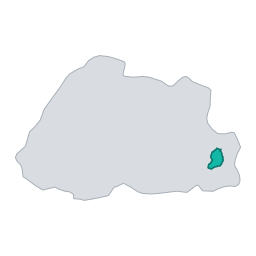 Kangpara, Tashigang, Bhutan shown in context
{"feature_id": "84629894B39590261295219", "entity_name": "Kangpara", "entity_type": "district", "adm_level": 2, "iso_a3": "BTN", "parent_name": "Bhutan", "parent_adm1": "Tashigang", "projection": "equal_earth", "projection_center": [91.702, 27.164], "detail": "fine", "context": "in_parent", "style": "filled", "palette": "teal", "viewbox_px": 256, "rotation_deg": 0, "n_neighbors": 0, "source": "geoboundaries", "source_scale": "gbopen_adm2", "svg_char_len": 4579}
<svg xmlns="http://www.w3.org/2000/svg" viewBox="0 0 256 256"><path d="M210.3,105.1L209.8,107.1L207.9,112.5L206.7,118.4L207.7,123.2L212.0,129.0L217.7,133.6L225.0,133.9L231.7,132.2L234.4,132.9L238.0,140.6L240.6,147.3L237.1,154.1L235.2,160.2L234.5,164.4L235.0,166.3L237.1,169.8L239.6,175.7L240.0,181.1L238.4,184.7L234.9,186.5L231.3,186.0L228.2,186.1L224.4,186.7L218.4,188.7L212.9,191.3L202.5,190.8L198.4,185.4L196.4,185.4L186.9,192.4L176.6,191.2L157.9,193.5L150.0,194.0L142.0,193.3L137.9,191.8L130.4,186.9L123.5,183.3L116.5,186.6L114.1,187.2L108.4,195.6L96.3,198.3L84.2,200.4L80.6,199.2L73.8,198.7L73.5,196.8L73.8,194.9L72.2,193.4L69.5,191.8L64.7,191.2L58.6,189.1L55.1,187.1L42.7,190.0L35.5,185.6L27.3,179.5L23.2,176.9L21.8,167.5L20.3,164.5L17.1,161.3L15.4,157.6L16.8,153.8L25.1,146.6L25.8,145.0L29.6,131.7L34.9,126.8L40.2,120.1L44.1,109.4L51.8,98.5L60.1,87.3L65.9,78.2L69.7,73.9L77.5,69.3L84.0,66.7L88.6,60.6L94.0,57.2L99.6,55.6L107.9,56.5L115.6,58.6L124.2,61.7L125.2,64.1L124.4,68.5L123.2,72.8L123.1,75.1L124.4,76.3L132.8,77.2L143.0,76.5L148.8,77.1L161.6,81.2L165.3,84.0L169.2,86.2L173.1,85.8L177.9,81.1L183.0,77.1L186.2,76.5L188.4,77.8L192.5,81.6L201.0,85.2L208.5,87.9L210.9,90.4L210.1,101.4L210.3,105.1Z" fill="#d9dde1" stroke="#a8b0b8" stroke-width="1"/><path d="M211.1,169.0L211.2,168.9L211.3,168.8L211.4,168.7L211.6,168.7L211.9,168.6L212.0,168.6L212.3,168.5L212.5,168.5L212.7,168.4L212.8,168.3L212.9,168.1L212.9,167.9L213.0,167.9L213.1,167.7L213.3,167.6L213.5,167.5L213.8,167.5L214.0,167.4L214.1,167.2L214.4,167.1L214.5,167.1L214.8,166.9L215.0,166.9L215.2,167.0L215.4,167.0L215.5,167.0L215.6,166.9L215.8,166.8L216.0,166.6L216.4,166.3L216.5,166.3L216.8,166.4L217.0,166.6L217.3,166.6L217.4,166.4L217.5,166.3L217.6,166.0L218.0,166.0L218.2,165.9L218.3,165.9L218.6,165.9L218.9,166.0L219.0,166.1L219.4,166.0L219.5,165.9L219.9,165.7L220.0,165.7L220.3,165.7L220.5,165.4L220.7,165.2L220.8,165.0L220.9,164.7L220.9,164.4L221.0,164.3L221.2,164.2L221.3,164.2L221.5,164.1L221.5,163.8L221.6,163.7L221.8,163.4L221.8,162.9L222.0,162.6L222.1,162.4L222.2,162.0L222.3,162.0L222.3,161.9L222.4,161.7L222.5,161.6L222.8,161.4L222.9,161.2L222.9,160.9L222.9,160.7L223.1,160.5L223.2,160.2L223.3,160.0L223.3,159.9L223.2,159.8L223.1,159.7L223.0,159.4L223.0,159.2L223.0,158.9L222.9,159.0L222.6,159.1L222.6,158.9L222.8,158.4L222.8,158.1L222.7,158.0L222.7,157.9L222.8,157.8L222.7,157.7L222.8,157.4L222.8,157.2L222.9,156.9L222.7,156.8L222.6,156.6L222.6,156.4L222.2,156.3L222.1,156.1L222.0,155.9L222.0,155.7L222.0,155.3L222.0,155.1L222.1,154.8L222.0,154.7L222.0,154.4L222.0,154.2L221.9,154.1L221.9,153.8L221.9,153.7L221.7,153.4L221.7,153.1L221.6,152.9L221.5,152.7L221.4,152.5L221.4,152.4L221.4,152.2L221.2,151.9L221.0,151.6L220.9,151.6L220.5,151.4L220.1,151.3L220.0,151.2L220.2,150.9L220.5,150.8L220.6,150.7L220.7,150.3L220.7,150.0L220.8,149.8L220.8,149.7L221.0,149.5L221.0,149.4L220.9,149.4L220.7,149.4L220.4,149.4L220.2,149.5L219.9,149.6L219.7,149.7L219.5,149.4L219.4,149.3L219.2,149.2L218.9,149.0L218.7,148.9L218.4,148.9L218.2,148.9L217.8,148.7L217.7,148.6L217.4,148.5L217.1,148.4L216.9,148.3L216.7,148.3L216.7,148.5L216.6,148.8L216.6,149.1L216.3,149.2L216.2,149.3L215.8,149.5L215.6,149.6L215.5,149.8L215.2,149.8L215.0,150.0L214.9,150.3L214.7,150.3L214.4,150.6L214.2,150.7L214.1,150.8L213.9,150.9L213.8,151.0L213.7,151.3L213.7,151.5L213.4,151.7L213.3,151.8L213.1,151.9L212.8,151.8L212.7,151.7L212.6,151.8L212.4,152.0L212.1,152.1L212.0,152.3L211.9,152.5L211.9,152.8L211.8,153.1L211.9,153.3L211.8,153.5L211.8,153.8L211.7,153.9L211.6,154.0L211.4,154.3L211.4,154.5L211.3,154.8L211.2,155.1L210.9,155.3L211.0,155.5L211.0,155.8L211.0,156.0L211.0,156.3L211.0,156.5L210.9,156.8L210.7,157.0L210.7,157.3L210.8,157.5L211.0,157.8L211.2,158.0L211.3,158.1L211.4,158.3L211.4,158.5L211.5,158.7L211.6,158.8L211.8,159.1L212.0,159.3L212.0,159.5L212.3,159.5L212.4,159.8L212.5,159.9L212.5,160.0L212.5,160.3L212.4,160.4L212.2,160.5L212.1,160.8L212.0,161.0L211.8,161.0L211.7,161.1L211.4,161.4L211.4,161.6L211.3,161.8L211.3,162.1L211.2,162.1L211.1,162.3L211.0,162.6L210.8,162.8L210.7,162.8L210.7,163.0L210.7,163.3L210.5,163.5L210.3,163.5L210.2,163.6L209.9,163.7L209.8,163.8L209.7,163.8L209.3,163.8L209.2,163.9L209.1,164.0L208.9,164.2L208.8,164.4L208.8,164.5L208.7,164.7L208.7,164.8L208.7,165.0L208.6,165.3L208.3,165.7L208.3,165.9L208.2,166.4L208.2,166.5L208.2,166.8L208.2,167.0L208.1,167.3L208.0,167.5L208.1,167.8L208.4,167.9L208.6,168.1L208.8,168.2L208.9,168.3L209.0,168.3L209.3,168.3L209.6,168.2L209.8,168.3L210.0,168.5L210.5,168.9L210.8,168.9L211.0,168.9L211.1,169.0Z" fill="#14b8a6" stroke="#0f766e" stroke-width="1.5"/></svg>